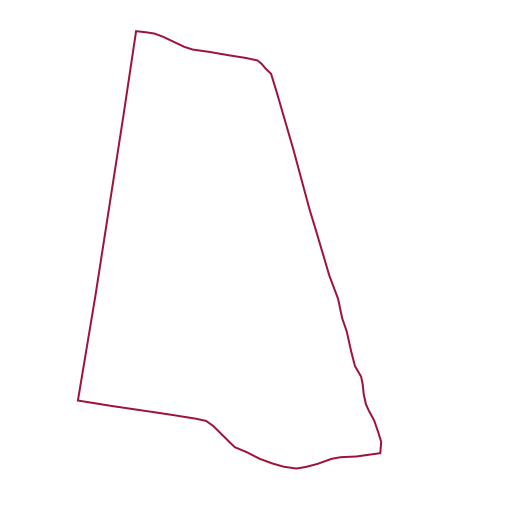 Haut-Komo, Wouleu-Ntem, Gabon (Equal Earth projection), rotated 279°
{"feature_id": "22940354B77871710228177", "entity_name": "Haut-Komo", "entity_type": "district", "adm_level": 2, "iso_a3": "GAB", "parent_name": "Gabon", "parent_adm1": "Wouleu-Ntem", "projection": "equal_earth", "projection_center": [10.636, 0.825], "detail": "fine", "context": "isolated", "style": "outline", "palette": "rose", "viewbox_px": 512, "rotation_deg": 279, "n_neighbors": 0, "source": "geoboundaries", "source_scale": "gbopen_adm2", "svg_char_len": 816}
<svg xmlns="http://www.w3.org/2000/svg" viewBox="0 0 512 512"><g transform="rotate(279 256 256)"><path d="M438.3,242.4L442.4,236.4L446.6,231.6L449.4,226.8L450.0,215.4L450.0,196.5L450.3,177.9L450.0,161.3L451.3,152.7L454.7,141.1L458.1,129.5L459.8,120.9L459.8,113.3L459.3,102.4L374.3,103.1L192.1,103.6L85.4,102.7L85.3,137.4L85.9,193.5L85.9,221.8L85.3,232.5L81.4,240.4L72.9,252.2L67.5,259.7L63.8,265.1L60.7,277.9L56.3,291.2L53.7,304.2L52.2,316.4L52.4,329.1L55.3,337.9L60.2,349.1L67.5,362.4L70.5,371.0L73.7,386.6L78.5,402.3L80.7,409.6L92.1,408.7L100.6,404.5L111.8,398.6L121.5,391.2L126.9,387.7L136.0,384.1L145.8,381.5L153.3,378.7L162.7,371.0L176.7,364.9L195.7,357.4L208.1,350.8L226.5,343.8L248.1,331.5L286.7,313.1L310.6,301.5L366.5,276.5L419.4,251.6L438.3,242.4Z" fill="none" stroke="#9f1239" stroke-width="2"/></g></svg>